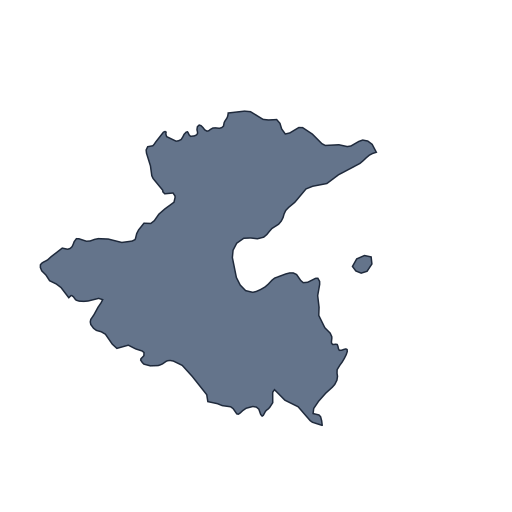 Pärnu, Albers equal-area conic projection, rotated 220°
{"feature_id": "EST-2346", "entity_name": "Pärnu", "entity_type": "County", "adm_level": 1, "iso_a3": "EST", "parent_name": "Estonia", "parent_adm1": "", "projection": "albers", "projection_center": [24.54, 58.305], "detail": "fine", "context": "isolated", "style": "filled", "palette": "slate", "viewbox_px": 512, "rotation_deg": 220, "n_neighbors": 0, "source": "natural_earth", "source_scale": "10m", "svg_char_len": 3629}
<svg xmlns="http://www.w3.org/2000/svg" viewBox="0 0 512 512"><g transform="rotate(220 256 256)"><path d="M369.2,347.7L357.9,359.6L353.0,363.0L338.4,365.2L333.9,368.2L329.9,371.9L327.9,373.8L322.9,373.0L318.0,369.8L312.0,368.3L309.2,372.0L305.8,381.9L302.8,384.3L291.2,385.6L283.3,384.9L277.8,384.4L274.0,385.2L264.0,394.5L256.4,398.5L254.0,401.3L250.9,409.8L248.8,413.4L244.3,415.9L238.8,416.2L230.5,412.8L232.6,409.5L234.0,406.1L234.7,402.0L235.2,397.7L235.9,393.7L245.0,371.3L248.3,357.1L257.4,345.9L260.8,339.6L260.8,322.2L262.2,314.4L262.5,310.0L261.5,306.2L260.0,302.9L259.1,299.0L259.1,295.0L261.5,287.3L261.6,283.4L261.5,279.4L262.2,275.4L266.0,270.1L271.7,266.4L276.8,261.7L279.0,253.4L277.3,245.7L273.1,239.6L257.2,226.9L249.5,223.6L241.7,222.8L235.1,226.1L233.0,229.0L230.9,233.3L229.2,238.0L228.5,242.3L228.2,247.8L227.5,251.1L221.6,261.5L219.2,264.8L216.5,267.0L213.0,267.9L206.1,266.0L202.7,265.9L199.5,269.1L196.0,277.2L194.3,278.7L190.9,277.4L189.0,275.2L183.3,265.3L174.7,257.2L169.7,250.8L157.2,245.3L149.6,244.6L146.1,242.9L145.1,241.8L143.0,238.7L142.1,237.8L140.4,237.5L139.3,238.5L138.2,239.7L136.9,240.4L135.2,239.5L133.3,238.0L131.5,237.3L129.8,238.9L128.6,241.0L127.4,242.6L126.1,242.9L124.7,241.5L123.5,238.5L122.5,234.3L121.8,230.0L121.6,226.5L120.8,221.1L118.6,218.3L116.2,216.2L114.2,212.9L113.1,208.2L113.2,204.5L114.4,195.8L114.7,185.1L113.8,176.3L111.0,172.0L105.6,174.7L103.2,174.4L99.7,171.9L96.5,168.9L96.6,168.7L105.9,164.9L108.7,164.7L126.8,167.6L141.2,164.1L155.9,165.5L155.7,162.7L155.1,161.7L148.9,154.4L148.2,148.9L148.3,146.8L148.8,144.7L148.9,143.3L148.7,142.0L148.4,140.6L148.0,138.6L148.4,137.3L150.5,137.6L155.4,140.5L158.6,140.5L161.7,138.7L165.7,133.0L166.8,129.0L167.2,125.6L167.8,123.5L169.2,122.7L175.4,124.4L178.5,124.2L185.7,119.7L190.6,118.1L199.3,113.5L204.6,118.1L227.6,122.8L242.2,124.8L251.8,122.4L254.6,120.8L256.3,119.1L257.1,117.7L258.3,113.2L259.5,110.8L260.6,109.1L266.4,103.9L272.4,101.1L274.6,101.3L277.4,102.1L278.1,103.4L277.9,105.7L277.8,107.6L279.8,110.1L282.3,110.0L288.4,107.5L296.5,105.6L303.2,95.8L309.5,96.1L321.1,99.3L325.8,98.5L330.5,96.4L334.0,96.2L338.5,97.3L340.6,99.0L341.8,101.2L342.4,107.0L344.1,115.4L344.6,120.6L345.4,124.0L349.3,122.4L355.7,113.6L358.7,110.6L362.4,107.8L365.3,106.6L366.4,106.6L369.6,107.4L371.6,107.3L372.3,106.8L372.6,103.7L385.1,106.5L391.0,106.2L398.2,104.4L404.7,106.4L410.6,106.9L413.8,108.6L415.5,110.7L415.5,112.7L414.9,114.7L413.9,117.0L413.1,119.2L412.5,123.8L409.5,137.5L404.6,140.1L403.2,142.4L402.9,145.0L403.6,147.6L404.5,150.1L404.7,153.8L402.7,155.4L395.4,158.3L392.7,160.9L390.3,165.0L387.9,168.0L380.1,174.0L367.5,180.1L360.5,187.8L359.2,190.8L359.5,191.8L361.8,196.5L362.7,200.5L362.9,209.1L357.5,213.3L356.6,217.7L357.3,225.6L356.1,233.4L353.4,244.5L355.7,249.0L356.8,250.0L360.1,250.9L365.9,245.0L368.6,245.3L369.7,246.4L384.6,249.2L387.4,250.5L394.8,257.2L406.0,264.4L408.3,266.6L409.2,270.1L405.9,274.1L405.8,276.0L406.1,278.8L406.5,291.3L405.7,292.9L404.5,293.1L403.5,291.5L401.2,290.0L391.0,292.6L389.4,294.5L388.2,297.1L388.6,300.1L389.3,303.0L389.1,306.0L388.3,307.1L387.0,306.7L385.2,305.8L383.0,305.6L380.4,308.4L379.4,310.5L379.5,312.2L380.4,313.3L382.3,314.7L383.0,315.7L384.0,317.4L383.7,319.8L381.9,320.5L379.2,320.3L376.4,319.7L373.8,320.1L372.7,321.6L372.3,323.6L371.3,326.3L369.4,328.1L366.1,330.3L364.7,332.5L364.4,334.6L365.4,336.4L366.2,337.9L366.6,339.8L366.8,341.9L367.1,343.7L367.7,345.2L369.1,347.6L369.2,347.7ZM162.1,324.4L161.1,315.7L164.4,310.5L169.9,308.7L175.4,310.0L177.0,318.5L173.2,326.1L167.2,329.3L162.1,324.4Z" fill="#64748b" stroke="#1e293b" stroke-width="1.5"/></g></svg>